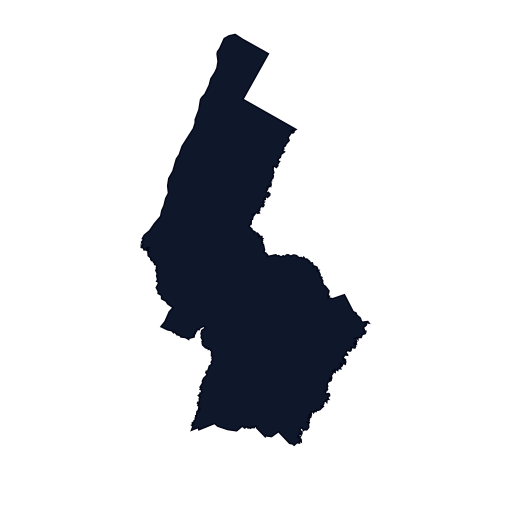 the district of Uruguay, Entre Ríos, Argentina, rotated 209°
{"feature_id": "61730980B11587085710178", "entity_name": "Uruguay", "entity_type": "district", "adm_level": 2, "iso_a3": "ARG", "parent_name": "Argentina", "parent_adm1": "Entre Ríos", "projection": "equal_earth", "projection_center": [-58.63, -32.497], "detail": "fine", "context": "isolated", "style": "filled", "palette": "ink", "viewbox_px": 512, "rotation_deg": 209, "n_neighbors": 0, "source": "geoboundaries", "source_scale": "gbopen_adm2", "svg_char_len": 6139}
<svg xmlns="http://www.w3.org/2000/svg" viewBox="0 0 512 512"><g transform="rotate(209 256 256)"><path d="M363.8,216.0L362.1,215.8L362.9,212.7L360.2,210.4L360.4,208.7L361.2,209.2L360.5,207.8L358.6,208.5L356.8,207.0L355.2,208.4L355.4,210.2L354.6,210.0L354.7,210.7L353.5,211.3L354.3,207.9L351.8,207.9L352.3,206.8L350.4,204.0L347.1,203.3L346.4,202.0L345.1,201.4L343.4,201.8L342.5,200.8L341.9,201.5L340.5,199.4L339.2,199.9L337.5,199.0L337.6,197.7L336.3,196.0L336.8,195.0L333.9,192.8L333.2,190.3L330.7,187.9L330.6,185.7L328.6,185.9L328.0,184.6L327.9,180.0L324.4,177.7L323.5,175.8L319.6,175.8L317.8,172.8L313.0,172.9L309.9,171.3L303.5,170.7L304.8,165.2L303.8,154.4L304.9,148.1L297.4,148.6L293.5,149.8L290.8,148.9L290.2,150.1L286.8,148.8L284.3,149.7L282.4,148.8L278.2,150.5L274.4,150.4L274.7,151.6L270.9,155.1L271.4,156.6L272.3,157.0L271.4,158.7L272.4,159.7L271.6,160.6L271.7,163.4L270.0,164.0L270.1,165.8L267.7,169.2L266.4,169.1L265.6,167.9L267.3,164.7L266.3,161.2L265.3,160.5L264.5,158.2L261.5,156.3L261.7,155.5L261.0,155.7L261.0,154.0L259.5,152.3L256.1,151.4L255.4,152.0L254.9,151.3L253.5,152.1L252.5,151.2L252.0,152.3L248.6,151.1L246.5,147.0L245.3,147.1L244.7,144.8L243.6,144.4L243.7,141.3L242.5,140.5L242.4,139.2L243.5,137.2L242.4,132.1L243.6,131.1L243.2,129.5L241.0,128.5L242.5,123.7L242.2,120.4L241.1,119.3L241.3,114.2L240.2,114.4L240.2,112.3L238.9,112.7L237.3,110.0L238.5,108.9L237.9,108.2L238.8,106.0L236.1,105.5L236.6,104.0L234.3,100.3L235.8,100.1L235.9,98.9L234.1,98.0L234.3,97.1L232.8,96.9L232.1,94.4L231.2,95.2L230.7,94.4L231.8,93.7L230.8,92.3L232.1,92.0L232.2,91.2L230.6,87.5L231.3,87.0L230.1,85.4L230.6,84.8L229.5,83.3L230.3,82.0L229.8,80.8L230.4,79.9L229.7,79.4L230.6,78.9L229.3,78.0L230.2,76.9L229.1,76.7L228.4,75.4L228.0,72.3L223.3,78.0L221.7,76.3L211.0,89.5L207.0,88.6L196.6,90.5L188.2,93.7L185.5,100.6L182.5,100.0L181.3,102.3L179.5,101.7L179.3,102.4L177.2,102.7L177.3,103.7L176.3,104.0L176.6,104.7L174.5,104.8L174.4,106.4L173.4,107.2L172.2,106.0L160.3,102.4L160.4,103.4L154.8,105.6L151.2,113.3L135.7,108.4L133.1,109.4L130.9,108.9L129.8,112.5L127.2,113.5L128.3,115.6L126.3,115.4L127.7,117.5L129.6,117.9L129.6,119.2L130.3,118.1L131.0,119.3L131.8,118.6L131.8,122.0L129.9,121.4L129.7,123.0L130.7,124.6L132.7,124.6L133.6,125.7L132.8,128.0L131.9,128.1L130.0,126.4L128.8,128.5L127.9,128.1L127.2,129.0L126.8,131.7L128.6,134.4L128.7,136.1L130.3,135.5L129.6,136.7L129.9,138.3L131.8,139.2L130.5,139.8L131.7,141.3L130.4,141.0L130.0,141.6L130.7,144.0L132.1,143.3L131.9,144.7L131.2,144.7L132.1,145.9L130.9,147.5L129.7,146.8L129.4,149.0L128.1,149.0L128.1,151.0L126.9,151.1L125.4,152.9L125.0,155.4L125.7,156.1L124.6,155.8L124.2,157.2L125.3,157.4L125.1,159.6L125.8,161.2L124.9,163.1L123.2,162.4L124.4,165.2L122.9,165.9L124.8,166.8L123.9,169.6L125.0,171.0L126.2,170.8L127.5,169.3L130.3,171.1L128.9,172.2L128.8,174.2L130.4,175.7L130.1,176.9L131.3,177.8L132.1,180.3L130.0,183.4L130.4,185.0L131.8,183.8L132.4,184.8L130.8,186.3L132.3,188.0L131.8,190.6L133.0,192.3L130.3,192.6L131.4,194.3L132.4,193.4L132.0,195.2L129.0,195.5L129.7,197.5L127.2,198.4L128.7,199.6L128.0,200.8L130.4,202.7L129.5,203.4L129.2,202.1L128.1,203.0L127.6,202.3L127.7,204.6L125.5,204.6L126.2,207.0L127.3,207.3L127.2,208.4L128.1,208.7L128.6,207.0L129.4,207.0L129.9,208.2L129.1,208.7L130.8,209.6L130.0,212.9L127.8,213.6L128.4,214.4L130.5,214.6L130.5,217.8L127.7,218.3L127.1,219.3L127.7,221.2L128.7,222.0L124.9,223.5L125.2,225.5L126.5,226.7L128.0,226.8L127.7,227.5L125.5,227.6L126.4,228.9L127.4,228.9L126.5,230.1L128.4,231.6L129.6,231.6L128.2,233.2L126.5,232.6L127.3,234.1L124.5,235.7L125.0,238.8L122.8,241.2L123.4,243.5L125.1,243.0L125.9,244.5L126.9,244.1L127.4,245.4L126.1,248.8L126.2,249.7L127.4,250.2L126.8,251.3L124.6,252.1L126.5,252.9L130.6,249.8L132.1,249.9L134.7,252.3L139.1,253.1L141.0,254.7L144.0,254.4L159.9,265.0L168.1,255.9L172.6,254.3L172.3,256.4L173.9,256.2L175.2,260.8L180.8,263.2L183.0,263.2L185.3,265.5L185.6,266.7L187.7,267.8L188.0,269.2L190.1,269.0L191.0,271.0L193.6,272.8L194.5,272.6L194.1,274.0L195.8,273.4L195.9,274.6L197.3,275.8L199.9,275.6L200.4,274.4L203.4,277.3L205.4,276.0L206.2,277.2L210.1,278.0L211.1,277.0L213.7,278.1L213.9,276.3L215.5,276.7L217.7,275.3L220.7,276.0L223.4,275.3L225.8,272.6L228.6,272.7L229.9,271.6L230.3,269.6L232.3,269.4L233.7,267.2L236.4,267.4L237.5,266.2L239.3,266.7L245.6,261.1L245.9,262.2L248.9,263.4L250.4,262.9L251.5,264.5L251.4,265.4L254.9,269.4L255.6,268.9L256.0,270.0L257.2,270.0L256.9,271.1L257.8,271.4L257.9,273.1L259.1,273.5L258.6,274.4L259.7,274.2L259.9,275.1L260.5,274.5L260.7,275.7L263.1,274.1L263.4,274.8L262.7,275.5L265.7,276.7L268.5,275.5L268.7,276.6L272.3,276.4L272.4,277.5L276.5,278.5L276.7,280.8L275.8,281.0L275.8,281.7L277.6,285.2L276.9,286.5L277.8,288.9L277.5,290.7L279.0,290.5L278.4,291.9L277.3,292.1L276.9,294.3L275.3,294.2L273.9,295.3L275.6,296.4L274.9,297.7L275.9,299.4L275.8,301.9L275.0,303.0L274.4,302.2L273.6,302.8L273.7,304.5L275.4,305.9L275.1,306.8L275.9,306.4L275.7,307.6L276.5,308.9L275.3,310.0L275.8,310.6L276.4,310.0L276.8,310.9L275.3,313.4L274.4,312.9L273.4,315.7L273.9,317.0L276.0,317.6L276.3,316.4L278.4,317.3L278.2,319.8L279.5,320.5L279.4,321.5L278.6,321.2L278.9,322.4L278.0,323.0L278.6,323.6L277.0,324.0L277.7,324.8L277.1,325.3L278.5,327.4L279.6,327.7L279.5,329.1L278.9,329.3L279.6,330.5L279.0,332.2L279.6,334.5L281.0,335.5L280.8,337.5L283.4,340.4L283.6,341.6L284.6,341.7L283.9,343.5L281.1,343.3L280.6,345.6L281.6,346.7L281.3,350.0L282.4,349.6L283.7,351.8L282.5,354.0L283.4,357.0L281.6,360.9L283.8,361.1L284.1,362.1L283.5,363.0L284.9,364.4L283.7,366.6L284.1,368.2L283.0,373.1L285.4,375.2L284.9,380.5L285.9,382.7L285.5,383.4L284.5,381.6L283.4,381.4L282.8,382.8L283.8,384.5L283.1,384.6L282.3,386.1L343.4,386.7L343.2,438.9L372.8,439.0L381.6,439.7L386.3,435.5L389.2,430.8L388.3,419.8L388.7,415.9L387.9,413.7L383.5,407.8L381.3,401.5L380.9,396.8L381.4,389.1L379.7,382.8L379.1,372.7L380.3,368.3L380.3,365.8L376.8,356.2L375.3,345.8L373.7,343.0L372.5,337.1L373.8,316.2L372.2,307.3L372.7,302.4L369.8,289.9L369.9,281.6L367.3,274.6L363.0,268.5L362.9,262.7L360.9,255.5L360.4,250.0L358.6,244.5L360.5,235.0L361.3,226.6L363.8,220.1L363.8,216.0Z" fill="#0f172a" stroke="#020617" stroke-width="1.5"/></g></svg>